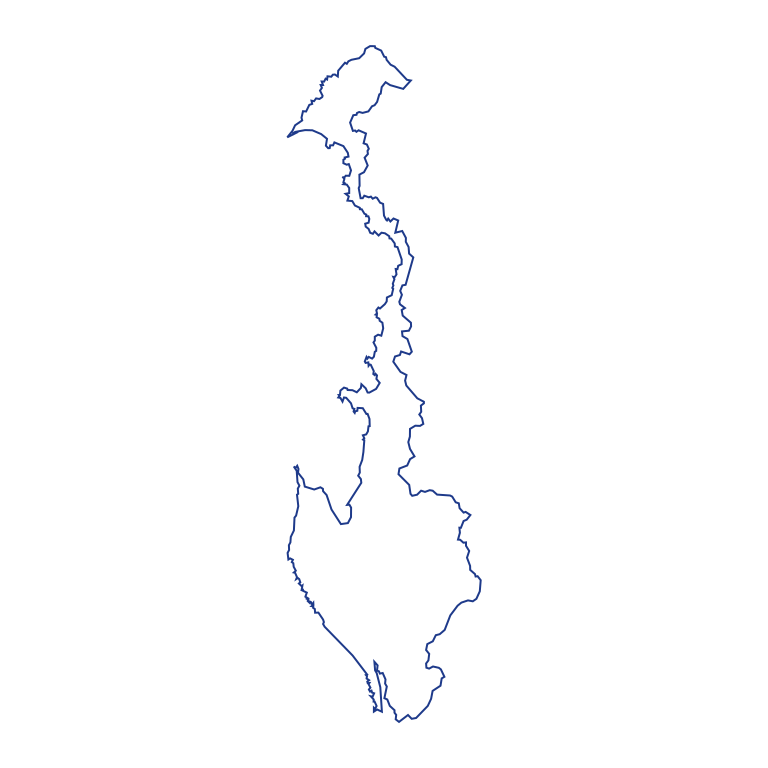 Bahía Solano (Mutis), Chocó, Colombia
{"feature_id": "7082276B67825714501436", "entity_name": "Bahía Solano (Mutis)", "entity_type": "district", "adm_level": 2, "iso_a3": "COL", "parent_name": "Colombia", "parent_adm1": "Chocó", "projection": "robinson", "projection_center": [-77.369, 6.398], "detail": "fine", "context": "isolated", "style": "outline", "palette": "blue", "viewbox_px": 768, "rotation_deg": 0, "n_neighbors": 0, "source": "geoboundaries", "source_scale": "gbopen_adm2", "svg_char_len": 6085}
<svg xmlns="http://www.w3.org/2000/svg" viewBox="0 0 768 768"><path d="M427.8,705.9L431.1,698.8L432.6,690.9L440.5,685.7L441.7,678.4L444.4,676.8L440.9,669.4L438.8,667.8L433.0,666.5L429.1,668.6L426.4,667.7L426.1,663.5L428.4,660.4L429.2,653.9L426.1,650.0L427.3,644.1L432.8,641.3L435.8,635.2L439.7,634.2L444.7,629.9L450.3,615.4L457.6,605.7L461.4,602.6L468.0,600.4L472.8,601.3L476.4,598.8L479.8,591.3L480.7,580.2L477.6,576.2L475.6,576.5L475.0,574.1L470.2,569.9L470.1,565.9L467.0,557.7L469.2,551.0L466.0,545.8L466.0,542.4L463.4,542.7L460.2,539.8L458.0,539.6L459.9,532.8L459.4,527.7L460.9,527.8L463.6,521.0L466.7,519.7L470.4,515.0L465.6,511.9L463.6,512.6L459.6,508.2L458.8,503.3L455.7,502.3L452.2,496.6L450.1,495.5L437.1,494.6L432.7,490.7L429.7,490.2L425.0,491.9L421.1,490.7L417.1,494.7L412.2,495.8L410.5,493.8L409.2,484.9L398.5,474.2L399.4,468.5L407.2,465.5L410.1,459.1L414.5,456.4L410.0,448.9L408.3,442.1L409.9,436.6L410.0,428.9L415.3,425.7L420.0,425.9L423.3,423.9L422.0,418.2L419.3,414.5L421.2,411.8L420.9,405.6L423.9,403.3L423.9,401.8L417.3,398.3L406.3,385.5L405.1,380.6L406.5,375.0L400.5,371.9L393.3,361.7L395.0,356.5L399.9,355.0L401.1,351.5L409.5,354.3L411.8,351.7L407.4,339.0L402.5,336.1L402.0,331.4L408.9,330.7L411.1,326.4L410.9,322.7L402.7,315.6L401.7,310.0L404.9,308.0L400.0,304.3L399.3,301.8L401.9,294.8L400.2,290.9L402.4,285.4L405.6,284.8L413.3,257.4L409.1,253.6L408.6,247.0L405.8,241.8L405.9,237.9L402.2,231.0L395.3,232.7L398.2,220.5L393.5,218.5L390.4,221.5L388.2,218.6L387.0,220.5L386.2,219.8L384.0,215.6L383.1,203.9L380.1,202.7L377.0,197.9L375.5,197.3L372.7,198.7L370.9,196.6L368.8,197.3L364.3,195.7L362.7,198.2L360.6,198.2L358.7,188.1L359.6,185.9L359.4,174.6L364.0,172.2L367.7,165.5L364.6,157.7L367.9,154.0L367.5,150.9L368.8,148.8L366.9,144.5L363.6,143.3L366.0,133.5L358.6,130.3L356.4,131.8L355.1,130.5L352.9,130.9L350.1,122.6L353.3,115.2L356.5,114.8L357.0,113.0L359.2,112.0L362.6,112.9L368.4,111.4L372.0,106.3L374.6,105.2L377.1,101.9L379.3,94.4L380.7,93.6L381.7,87.1L385.6,82.2L390.1,85.1L403.2,88.9L410.8,80.5L406.9,79.8L394.6,66.7L390.6,64.7L386.6,59.8L386.0,57.2L384.2,56.7L381.2,50.6L375.3,47.9L374.8,46.2L370.1,46.1L365.4,48.9L364.1,53.4L359.2,58.2L351.4,59.8L348.4,61.3L346.8,63.8L345.0,62.7L338.2,70.7L337.8,76.5L334.9,74.5L332.8,74.7L331.3,76.7L327.5,76.3L327.1,79.5L325.6,78.7L324.1,81.6L321.7,81.5L323.0,85.0L320.7,85.0L321.9,87.9L320.0,90.6L322.6,95.8L322.2,97.1L319.4,99.0L316.1,98.4L314.0,101.2L311.5,100.7L312.2,103.9L309.3,104.9L306.1,111.5L303.0,111.2L301.5,117.7L302.2,120.4L295.1,125.3L292.5,130.8L287.3,137.3L295.7,133.1L293.8,132.8L295.2,131.9L305.1,130.1L312.4,130.3L321.2,134.1L327.0,138.8L325.9,145.7L328.2,148.2L329.7,148.1L330.2,145.3L333.1,145.3L334.4,142.4L343.4,146.1L347.8,152.8L348.5,156.6L344.7,157.5L345.0,158.7L343.4,159.7L343.4,163.2L346.7,164.7L348.8,164.1L351.0,170.4L349.3,175.8L345.8,175.7L344.1,177.7L342.4,176.8L344.4,178.8L343.4,182.3L344.6,183.1L343.4,184.2L346.8,184.6L349.2,188.0L349.2,193.1L345.6,193.8L348.8,196.4L347.4,200.6L352.3,201.1L354.9,205.5L359.8,207.8L359.9,209.2L361.8,209.3L364.4,213.7L366.3,214.6L366.1,216.2L368.4,216.3L369.3,218.9L368.6,222.7L365.2,223.7L365.7,226.6L368.6,228.9L370.2,232.8L372.9,233.8L374.5,231.4L378.6,235.5L381.5,232.7L385.0,233.3L389.2,236.2L389.5,238.4L391.2,238.6L394.7,243.4L394.9,246.5L397.5,247.1L401.7,259.5L401.6,264.2L398.2,265.8L397.4,269.2L395.7,269.0L396.5,274.4L394.6,277.2L393.3,276.9L394.4,279.2L392.8,283.8L393.4,285.4L392.3,287.9L393.2,288.8L391.7,295.2L386.9,297.5L386.7,301.4L384.9,304.1L380.0,308.5L378.4,307.5L376.3,310.2L377.0,313.4L375.7,314.6L376.9,314.9L376.6,317.3L379.3,318.7L379.7,320.8L382.4,322.7L383.2,328.3L381.3,335.7L378.1,334.7L374.8,336.7L374.8,340.6L373.5,342.4L376.3,347.8L376.2,350.9L374.8,351.8L373.9,356.7L372.1,358.6L368.7,356.9L367.4,358.6L366.5,357.0L364.8,361.5L365.6,362.9L368.3,362.4L368.6,365.7L369.6,364.4L370.8,364.8L373.8,371.2L373.3,374.0L374.7,375.1L375.5,373.8L377.0,375.4L376.4,378.9L379.7,382.9L376.1,388.9L369.3,392.6L367.6,392.5L365.7,388.3L361.4,384.2L360.9,387.9L356.8,392.3L352.5,390.2L347.6,390.0L347.2,388.6L344.0,387.6L340.4,390.6L340.0,394.8L338.8,395.0L339.5,395.8L338.3,397.5L340.4,397.9L342.5,401.6L344.0,397.5L346.2,397.8L351.0,403.3L352.6,408.3L354.4,408.9L353.6,411.5L354.7,412.9L355.2,411.3L357.3,410.8L357.6,407.9L362.8,408.2L366.4,414.0L367.6,413.9L369.5,419.0L369.7,426.1L368.5,426.3L367.9,431.4L366.2,434.4L362.9,435.3L364.3,438.2L363.0,439.6L364.3,440.3L363.4,452.0L362.2,460.0L359.6,466.8L359.8,472.6L358.2,475.7L360.9,479.1L361.3,482.8L347.1,504.9L349.4,504.7L351.1,507.6L351.0,517.2L347.9,523.1L340.9,524.1L331.5,509.5L326.6,495.0L323.1,491.2L322.9,488.8L320.4,487.3L314.2,489.5L304.8,486.6L303.3,479.4L298.0,472.7L298.5,469.0L297.2,465.8L295.7,467.9L293.8,466.5L296.7,470.8L297.5,482.1L299.4,485.7L297.8,488.6L298.2,493.8L297.0,494.7L298.3,506.2L296.1,515.6L294.5,517.6L293.9,530.5L290.8,536.9L290.4,542.4L288.9,545.2L289.1,550.0L287.6,552.9L288.4,559.5L290.1,558.4L292.9,559.8L291.8,562.1L293.3,563.2L293.7,566.8L295.8,570.7L293.9,572.5L295.1,572.8L297.0,577.2L296.3,579.0L297.8,578.0L299.2,579.1L300.3,582.3L298.9,583.5L301.6,586.1L302.4,585.5L301.7,589.7L303.7,589.6L302.2,590.4L306.8,592.6L305.4,596.7L308.0,598.3L307.0,598.9L308.3,599.6L307.7,601.0L309.4,602.6L309.4,601.4L310.8,601.9L312.1,604.5L313.3,602.9L313.4,604.7L311.7,606.1L313.3,606.3L313.1,607.8L314.8,609.0L315.1,612.7L318.4,612.6L323.1,619.6L323.9,622.1L323.1,624.0L324.6,626.7L352.6,655.5L367.1,674.5L365.9,675.0L367.0,676.1L366.6,678.5L369.1,680.2L367.3,681.6L367.7,683.1L369.4,683.0L368.6,684.2L370.4,687.6L368.9,689.5L370.1,691.6L371.5,690.7L372.1,692.6L374.1,693.3L372.6,696.7L370.8,696.3L373.7,699.5L373.6,701.6L374.6,701.6L376.6,706.0L375.0,708.9L373.9,707.8L373.9,711.6L377.1,709.5L381.9,711.7L380.3,687.2L376.7,673.1L375.1,670.4L374.4,661.8L377.6,665.4L377.0,670.6L378.9,671.3L379.9,673.6L382.7,673.0L385.5,679.4L385.1,683.6L386.8,686.5L384.4,698.2L387.3,699.5L389.8,705.9L394.5,710.2L394.5,712.7L396.2,714.9L395.7,719.3L399.0,721.9L408.0,715.0L411.7,718.8L416.1,718.0L427.8,705.9Z" fill="none" stroke="#1e3a8a" stroke-width="2"/></svg>